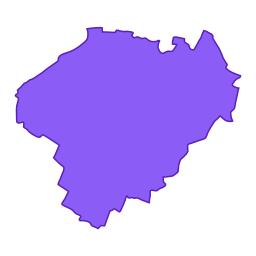 the district of Tan An, Long An, Vietnam
{"feature_id": "81297802B36271966780528", "entity_name": "Tan An", "entity_type": "district", "adm_level": 2, "iso_a3": "VNM", "parent_name": "Vietnam", "parent_adm1": "Long An", "projection": "albers", "projection_center": [106.404, 10.526], "detail": "fine", "context": "isolated", "style": "filled", "palette": "violet", "viewbox_px": 256, "rotation_deg": 0, "n_neighbors": 0, "source": "geoboundaries", "source_scale": "gbopen_adm2", "svg_char_len": 4762}
<svg xmlns="http://www.w3.org/2000/svg" viewBox="0 0 256 256"><path d="M232.6,121.1L232.1,119.9L231.2,117.4L230.9,115.5L230.7,113.3L230.7,112.9L230.9,112.0L231.6,111.3L232.2,110.7L234.2,108.8L234.8,107.0L235.4,103.2L237.3,94.4L238.2,90.3L238.8,88.1L237.1,87.8L234.9,87.0L233.4,86.2L232.4,85.2L232.3,84.5L232.6,83.7L233.4,82.8L234.7,80.8L236.8,79.0L239.6,77.6L240.1,77.1L240.6,76.1L240.6,75.8L237.3,74.6L232.1,72.5L229.4,71.0L226.8,69.0L226.1,68.1L226.0,67.2L226.2,66.6L227.1,65.2L227.1,64.6L227.0,64.2L224.9,61.1L223.1,57.9L221.5,53.8L219.8,50.1L218.5,47.6L215.9,43.4L213.0,38.6L212.8,37.5L212.9,36.0L212.3,34.9L211.2,33.9L209.5,33.2L207.2,31.8L205.6,31.1L203.7,30.7L203.2,32.1L202.0,34.7L200.9,37.8L199.0,40.8L196.3,45.9L194.7,48.5L194.1,49.5L193.4,50.0L192.8,49.9L192.2,49.8L190.7,49.2L189.9,48.3L189.4,47.1L189.0,45.5L188.4,44.7L187.5,44.0L185.9,43.0L184.7,42.2L184.5,41.8L184.5,41.0L184.5,39.7L184.4,38.8L182.6,38.3L179.8,37.8L178.8,37.5L175.9,37.0L174.7,37.0L173.8,37.3L173.3,37.8L173.0,39.7L172.5,42.1L172.5,44.2L174.3,44.2L175.9,44.3L176.6,44.6L176.2,45.8L175.2,47.4L173.1,50.5L172.0,51.3L170.8,51.4L168.5,51.2L166.9,51.5L166.1,51.8L163.9,53.0L162.7,53.4L161.5,53.2L160.0,51.9L158.8,49.8L158.6,49.1L158.0,47.7L158.0,46.3L158.3,44.2L158.7,42.6L159.4,41.6L159.5,40.8L158.9,40.5L158.0,40.5L156.6,41.4L154.6,41.6L152.5,41.6L150.6,41.3L148.6,40.3L146.5,38.7L145.4,38.1L144.2,38.1L143.0,38.5L142.1,38.5L140.5,38.1L138.7,37.4L138.2,37.0L136.9,36.9L136.0,37.2L135.1,37.7L134.4,37.6L133.5,37.4L132.7,36.6L131.9,35.6L131.7,35.2L132.9,33.6L133.2,32.9L132.7,32.4L131.9,32.1L130.6,31.9L127.8,31.4L125.1,31.5L123.6,31.5L121.4,31.3L117.8,30.3L116.9,30.1L116.3,30.5L115.9,31.1L115.3,32.3L112.7,32.4L108.1,32.1L104.0,32.0L102.4,31.9L102.2,29.3L102.0,27.7L100.3,27.6L97.7,27.7L93.4,28.0L89.7,28.4L87.0,28.8L87.9,31.9L87.9,33.8L87.9,36.1L87.4,38.6L86.3,40.3L84.8,41.9L79.8,46.0L76.7,48.1L73.8,49.9L71.5,51.0L69.5,51.8L66.9,52.7L64.1,53.7L62.9,54.1L61.0,55.1L59.5,56.2L58.6,57.8L58.3,58.8L58.0,61.1L57.2,61.6L54.0,63.9L48.0,68.1L41.7,73.0L37.5,75.8L33.8,78.3L31.9,79.2L30.2,79.8L28.9,80.5L27.8,81.5L26.8,82.2L25.5,82.8L24.1,83.5L22.8,84.9L21.4,86.6L20.2,87.7L18.5,89.2L17.5,90.3L17.7,90.6L17.8,91.3L18.0,91.8L18.0,92.8L17.8,93.2L17.4,93.6L16.9,94.0L15.9,94.6L15.4,95.4L15.4,95.6L15.6,96.0L16.2,96.5L17.9,97.7L18.3,98.2L18.4,98.7L18.4,99.4L18.1,100.9L17.4,103.5L16.8,105.6L16.5,108.8L16.5,112.3L16.6,116.2L16.6,119.0L16.7,119.6L16.7,120.3L16.7,121.2L16.8,121.5L17.0,122.1L17.4,122.6L18.0,122.9L18.7,123.0L19.5,123.0L20.4,122.8L21.9,122.3L22.6,122.2L23.0,122.3L23.5,122.5L23.7,122.9L23.8,123.6L23.8,124.2L23.8,125.4L23.7,126.3L23.6,127.0L25.0,128.1L26.1,128.7L27.0,129.5L29.0,131.7L31.8,133.9L34.0,135.2L35.9,136.2L38.1,137.1L39.3,137.2L40.8,136.7L41.6,135.6L42.0,135.2L42.5,135.0L43.2,134.9L43.7,135.2L47.9,137.6L53.0,141.0L58.4,144.5L59.2,145.0L58.9,146.0L56.1,152.7L54.3,156.6L53.6,157.7L55.2,159.5L59.5,163.6L63.4,166.8L64.0,167.7L63.9,168.6L63.6,170.6L62.7,172.7L61.4,176.1L60.2,179.1L58.4,183.0L58.2,184.0L58.1,184.4L59.1,185.2L63.6,188.1L68.5,191.4L65.1,198.5L62.3,202.7L61.9,204.1L62.6,204.9L64.4,205.9L67.7,207.5L70.3,208.7L72.6,210.2L73.5,211.2L74.9,212.7L76.6,214.0L78.6,214.8L80.3,215.7L80.8,216.5L80.7,217.0L80.3,217.5L79.3,219.2L79.5,220.2L80.2,220.7L81.9,220.6L85.1,220.8L87.4,221.4L89.6,222.4L90.6,223.7L91.1,224.7L91.8,225.5L92.5,226.1L93.9,226.6L96.2,227.5L97.7,228.4L98.3,228.4L100.5,225.9L101.0,225.6L104.6,225.8L109.9,211.0L112.2,210.3L113.3,209.3L113.9,209.0L115.2,209.1L117.2,210.6L119.1,211.8L119.7,211.8L120.6,210.7L122.7,206.1L124.0,203.1L125.3,199.7L125.8,197.7L126.4,196.4L127.0,196.1L127.5,196.4L127.7,197.2L128.2,197.7L128.7,197.9L129.8,197.9L130.6,197.8L131.5,197.6L132.0,197.6L132.7,197.8L133.8,198.2L134.6,198.2L135.5,198.0L136.2,197.9L137.1,197.9L137.7,198.1L139.4,198.8L142.7,200.4L145.9,201.5L148.8,202.6L149.2,202.7L149.5,199.8L149.8,197.8L150.1,196.2L150.3,195.0L150.2,193.4L150.1,192.4L150.4,190.8L151.2,190.2L151.8,190.1L153.6,190.5L156.2,190.8L157.0,190.6L157.9,190.0L158.9,189.1L160.4,188.3L162.6,187.5L164.3,186.5L165.2,185.7L165.6,184.9L165.5,184.0L164.6,183.3L163.7,182.1L163.4,181.5L163.4,180.0L163.2,177.1L166.9,176.8L171.6,176.2L173.3,175.6L174.5,174.8L177.7,172.2L178.0,171.6L178.2,170.6L178.3,169.3L178.5,167.0L178.8,164.8L179.7,161.6L180.4,160.0L181.1,159.0L183.2,157.2L186.2,154.1L187.4,152.2L187.8,151.4L187.8,150.2L187.7,148.3L187.6,146.0L187.7,145.0L188.0,144.5L188.8,144.0L190.2,143.6L194.3,142.2L199.9,140.2L203.5,139.1L204.6,138.5L205.2,138.2L206.0,137.2L206.7,135.7L207.4,133.6L208.4,131.3L210.1,128.3L211.9,125.4L214.0,122.1L215.4,120.5L217.5,118.7L218.6,117.5L220.1,115.9L220.2,116.0L222.4,118.0L225.1,120.1L226.9,121.0L228.5,121.3L230.7,121.4L232.6,121.1Z" fill="#8b5cf6" stroke="#5b21b6" stroke-width="1.5"/></svg>